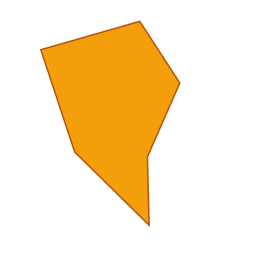 outline of Angeles, rotated 254°
{"feature_id": "PHL-5538", "entity_name": "Angeles", "entity_type": "Highly Urbanized City", "adm_level": 1, "iso_a3": "PHL", "parent_name": "Philippines", "parent_adm1": "", "projection": "orthographic", "projection_center": [120.591, 15.141], "detail": "fine", "context": "isolated", "style": "filled", "palette": "amber", "viewbox_px": 256, "rotation_deg": 254, "n_neighbors": 0, "source": "natural_earth", "source_scale": "10m", "svg_char_len": 250}
<svg xmlns="http://www.w3.org/2000/svg" viewBox="0 0 256 256"><g transform="rotate(254 128 128)"><path d="M227.3,65.8L227.3,168.7L157.0,190.2L94.9,138.7L28.7,121.5L119.7,70.1L227.3,65.8Z" fill="#f59e0b" stroke="#b45309" stroke-width="1.5"/></g></svg>